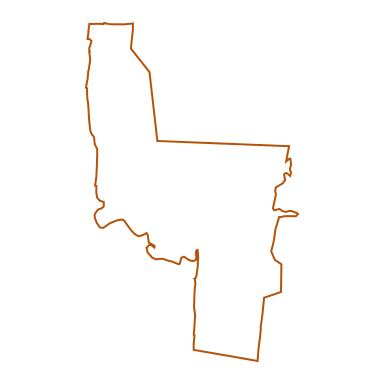 the district of Santiago Llano Grande, Oaxaca, Mexico
{"feature_id": "50627088B71737846515518", "entity_name": "Santiago Llano Grande", "entity_type": "district", "adm_level": 2, "iso_a3": "MEX", "parent_name": "Mexico", "parent_adm1": "Oaxaca", "projection": "natural_earth1", "projection_center": [-98.268, 16.488], "detail": "fine", "context": "isolated", "style": "outline", "palette": "amber", "viewbox_px": 384, "rotation_deg": 0, "n_neighbors": 0, "source": "geoboundaries", "source_scale": "gbopen_adm2", "svg_char_len": 3247}
<svg xmlns="http://www.w3.org/2000/svg" viewBox="0 0 384 384"><path d="M89.4,23.9L88.3,31.7L88.6,31.8L87.5,39.0L89.5,39.1L91.4,41.0L91.3,41.7L90.1,45.7L89.3,47.7L89.2,49.6L89.7,51.3L89.2,51.3L89.2,51.6L90.1,58.0L90.2,59.2L90.0,60.8L89.8,62.5L89.6,64.4L89.1,67.3L88.9,68.8L88.7,70.0L88.2,71.2L88.2,72.2L88.0,74.7L87.8,76.8L87.6,79.2L87.2,80.9L86.0,87.3L86.2,88.0L87.0,88.2L87.1,93.7L87.3,97.7L87.5,100.4L87.9,101.8L88.0,102.5L88.1,103.7L88.4,107.2L88.7,112.7L88.7,112.9L89.1,119.7L90.1,129.0L90.4,130.9L91.0,132.6L91.4,133.5L94.1,137.3L94.3,139.2L94.2,139.6L94.4,141.1L94.8,144.4L97.2,148.9L97.2,157.4L97.1,157.8L96.8,167.4L96.6,171.9L96.4,176.4L95.1,185.7L96.4,186.0L96.3,192.2L97.0,196.9L97.1,197.6L99.7,200.7L103.7,201.9L103.8,205.8L103.7,205.8L103.2,207.1L101.2,208.5L98.1,209.5L95.2,213.4L94.5,215.2L95.0,218.4L97.0,223.4L98.2,224.8L99.3,226.8L100.6,227.6L103.2,227.9L109.8,223.3L116.5,220.5L121.8,219.5L124.3,220.6L125.2,222.2L131.8,231.1L134.4,233.7L134.6,233.8L136.5,235.2L138.8,236.2L142.8,235.1L146.5,233.1L147.7,234.8L148.6,241.3L148.7,241.5L148.8,242.6L154.6,245.9L154.3,247.5L151.1,244.9L149.3,245.0L147.7,246.6L146.6,247.7L147.4,252.0L149.4,254.5L149.9,254.9L151.4,256.8L151.6,257.2L151.9,257.4L155.8,259.3L159.4,259.0L160.3,258.9L163.0,258.9L164.1,259.2L166.5,260.1L168.8,260.8L172.5,261.7L174.2,262.5L177.0,263.6L179.0,264.2L179.6,263.9L179.9,263.0L180.1,262.3L180.2,262.0L180.5,261.0L180.6,260.5L180.9,259.5L181.1,258.9L181.4,257.7L183.5,256.8L184.1,256.8L186.4,258.3L186.8,258.6L187.7,259.3L190.8,260.8L194.3,260.9L195.7,259.9L196.1,258.9L196.4,257.6L196.1,254.7L195.9,252.5L196.1,251.2L197.1,249.9L197.6,250.0L198.1,255.8L198.2,256.9L198.1,259.4L197.9,259.4L197.8,265.8L196.6,274.7L195.8,277.8L194.5,278.6L194.8,278.8L195.1,279.6L195.1,282.0L195.5,283.7L195.4,284.2L194.8,287.8L194.7,289.5L194.3,298.2L194.2,298.9L194.2,303.3L194.0,305.2L194.0,305.6L194.6,312.1L194.8,312.2L195.2,316.5L195.1,317.1L194.7,321.1L194.4,327.3L193.8,333.7L193.8,335.0L194.5,335.3L193.6,344.8L193.7,345.2L193.7,349.9L229.1,356.0L257.6,361.0L258.1,354.1L258.4,350.3L258.6,348.5L258.8,346.6L258.9,345.2L259.1,343.8L259.3,342.4L259.5,341.0L259.7,339.7L259.9,338.3L260.1,336.9L260.2,335.5L260.3,334.1L260.4,332.7L260.6,331.2L260.8,329.8L260.7,328.3L260.7,327.0L260.9,325.7L262.4,314.6L262.4,314.4L263.5,303.6L264.1,297.7L276.6,293.5L281.0,292.0L281.4,264.3L274.8,259.8L271.2,251.4L272.7,245.5L273.4,242.7L274.1,239.1L275.2,230.9L275.2,230.2L279.2,216.9L280.8,217.1L283.7,216.3L289.1,216.1L295.7,216.3L296.8,215.3L298.0,214.1L297.0,213.1L296.0,212.7L295.1,212.3L291.4,211.0L289.7,211.0L288.6,211.2L287.5,211.4L286.5,211.8L285.7,211.8L284.5,211.6L282.8,211.2L279.4,209.0L275.3,210.0L274.1,210.2L272.9,208.4L276.0,194.3L275.2,191.7L275.7,187.5L282.5,183.5L285.1,180.1L284.1,174.2L285.7,173.1L287.0,173.3L290.1,175.9L291.0,173.4L289.9,168.6L290.3,167.4L291.1,165.1L290.4,158.8L289.5,158.6L286.2,161.4L288.0,151.7L289.1,146.2L157.4,141.0L157.2,139.6L149.5,72.1L131.0,48.7L131.2,45.2L132.4,34.3L132.9,29.7L132.9,23.5L123.7,24.4L109.9,24.2L108.4,23.9L106.1,23.5L105.1,23.0L103.9,23.1L103.7,24.0L103.3,24.0L100.7,23.9L100.0,23.8L98.8,23.8L97.3,23.8L95.6,23.8L94.0,24.0L91.9,23.9L91.0,24.0L90.5,24.0L89.4,23.9Z" fill="none" stroke="#b45309" stroke-width="2"/></svg>